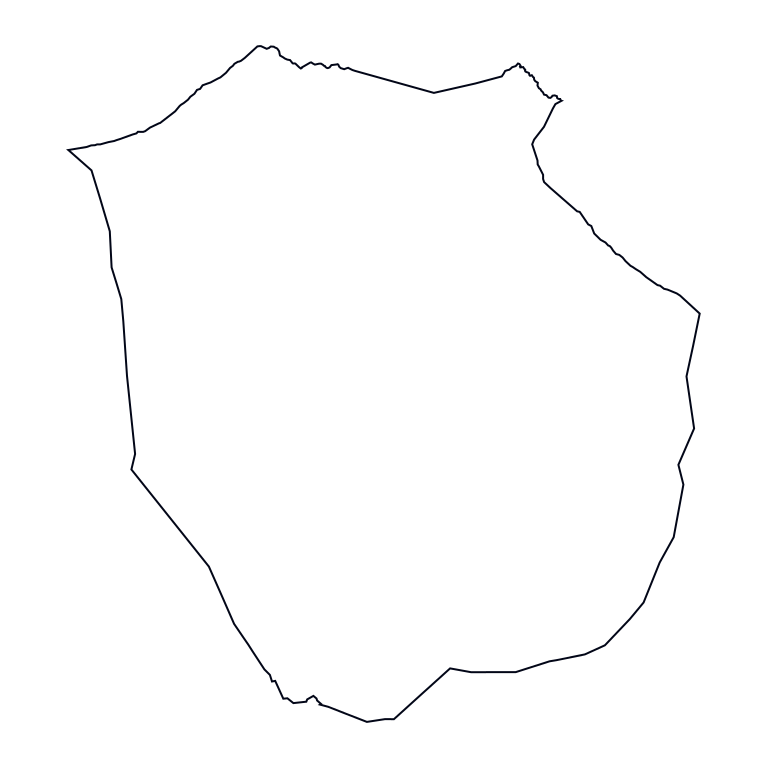 San Pedro Quiatoni, Oaxaca, Mexico
{"feature_id": "50627088B74520915461068", "entity_name": "San Pedro Quiatoni", "entity_type": "district", "adm_level": 2, "iso_a3": "MEX", "parent_name": "Mexico", "parent_adm1": "Oaxaca", "projection": "mercator", "projection_center": [-96.033, 16.765], "detail": "fine", "context": "isolated", "style": "outline", "palette": "ink", "viewbox_px": 768, "rotation_deg": 0, "n_neighbors": 0, "source": "geoboundaries", "source_scale": "gbopen_adm2", "svg_char_len": 2923}
<svg xmlns="http://www.w3.org/2000/svg" viewBox="0 0 768 768"><path d="M257.4,46.4L244.8,57.9L241.0,60.8L239.1,61.6L237.8,61.8L234.4,63.8L232.9,65.8L230.1,67.9L226.0,72.8L220.4,77.4L218.0,78.5L210.5,82.5L207.3,83.6L202.6,85.3L200.1,88.9L197.0,89.9L194.4,93.8L190.4,96.7L188.0,99.7L183.7,103.1L181.1,104.7L179.6,106.0L175.2,111.3L160.1,123.0L159.0,123.3L150.0,127.6L145.1,131.2L143.1,131.9L137.9,131.8L136.4,133.4L132.6,134.5L119.8,139.1L116.6,140.1L114.2,141.0L108.5,142.1L100.2,144.4L97.1,144.4L95.0,145.2L91.2,145.4L86.6,147.0L68.3,150.0L91.5,170.4L100.2,198.8L109.8,231.3L111.6,267.4L116.8,284.2L121.3,299.1L123.3,321.2L127.0,375.9L135.1,454.0L131.4,469.5L208.9,566.6L222.2,596.7L234.1,623.9L243.3,637.4L248.4,644.8L252.6,651.4L264.4,669.4L269.9,674.9L272.0,681.5L275.2,680.9L283.3,698.7L287.4,698.3L293.4,703.1L306.3,701.7L307.2,699.4L313.4,695.9L316.5,698.5L317.1,700.5L321.0,703.9L320.0,704.6L328.2,706.8L346.3,713.9L366.9,721.9L385.2,719.1L393.9,719.2L423.6,692.3L450.1,668.4L471.1,672.2L515.8,672.1L549.6,661.3L556.3,660.2L584.9,654.4L604.9,645.3L629.8,619.1L643.6,602.5L659.7,562.5L673.7,537.2L683.4,484.6L678.4,464.8L694.1,428.5L693.1,421.6L689.8,399.1L686.5,376.4L693.1,345.9L699.7,313.6L680.1,295.6L676.7,293.4L667.5,289.6L664.0,288.8L660.1,285.7L657.5,285.1L646.3,277.2L640.2,271.8L635.9,269.2L632.7,267.0L630.5,265.8L625.5,261.1L622.6,257.5L619.3,254.9L616.0,254.0L613.1,250.6L611.2,247.6L609.7,246.0L608.2,245.5L605.5,242.5L600.6,239.8L594.2,233.5L591.3,226.0L588.2,224.4L579.7,211.9L577.1,211.3L550.4,188.0L544.2,182.2L544.0,181.8L543.1,179.0L543.1,174.8L538.8,166.3L537.7,164.5L537.5,160.5L532.2,144.3L534.1,139.6L544.0,126.8L552.9,108.5L555.4,104.1L561.5,100.8L560.9,100.6L560.2,99.0L559.0,99.0L557.7,98.5L557.1,97.9L556.9,96.2L554.7,95.4L552.5,95.7L551.4,97.2L550.3,97.9L548.5,97.6L546.5,95.2L544.0,94.6L543.0,92.4L541.1,90.5L540.6,89.3L538.9,88.2L537.5,85.6L537.8,82.7L535.3,81.2L534.2,79.7L533.9,77.6L533.1,77.1L531.8,75.2L530.1,75.8L529.5,75.3L529.2,74.1L528.9,73.0L527.6,72.4L526.5,72.1L525.4,71.5L525.0,70.7L525.3,70.0L525.0,69.4L524.3,68.9L523.2,67.1L520.3,67.4L520.0,66.6L520.7,66.1L520.2,65.2L519.4,64.0L518.0,63.5L515.7,66.1L512.2,67.2L510.7,68.6L509.4,69.7L507.0,70.3L505.1,71.0L503.7,73.6L501.8,76.4L475.3,83.5L433.9,92.9L355.1,70.9L352.4,70.0L349.6,68.6L348.1,67.8L346.5,68.3L344.2,69.2L340.7,68.1L339.2,66.7L338.3,64.7L337.6,64.2L336.3,64.5L331.4,65.1L329.6,67.4L328.2,68.0L327.5,68.1L326.6,67.8L325.4,66.9L324.9,66.0L323.8,65.7L323.1,64.9L321.1,63.7L319.0,63.7L314.9,64.6L313.0,63.6L311.2,62.4L310.2,62.6L301.9,67.4L301.7,68.1L300.8,68.5L299.1,67.2L295.4,63.6L294.4,63.4L293.1,63.5L292.6,63.3L291.5,61.9L290.3,60.4L290.1,60.1L287.3,59.6L284.8,58.5L283.3,57.4L280.0,55.5L279.5,53.3L279.2,51.6L279.0,51.1L277.5,48.9L276.7,48.2L276.1,48.0L274.6,47.3L273.8,46.7L270.8,46.5L269.2,47.7L269.1,47.9L266.7,48.8L261.1,46.2L259.8,46.1L257.4,46.4Z" fill="none" stroke="#020617" stroke-width="2"/></svg>